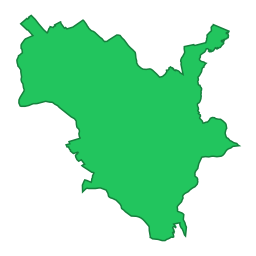 the district of Cehal, Satu Mare, Romania
{"feature_id": "2599482B97854258133418", "entity_name": "Cehal", "entity_type": "district", "adm_level": 2, "iso_a3": "ROU", "parent_name": "Romania", "parent_adm1": "Satu Mare", "projection": "equal_earth", "projection_center": [22.618, 47.388], "detail": "fine", "context": "isolated", "style": "filled", "palette": "green", "viewbox_px": 256, "rotation_deg": 0, "n_neighbors": 0, "source": "geoboundaries", "source_scale": "gbopen_adm2", "svg_char_len": 5701}
<svg xmlns="http://www.w3.org/2000/svg" viewBox="0 0 256 256"><path d="M177.2,206.9L178.0,205.5L181.5,201.8L181.9,200.8L182.1,199.9L182.9,198.5L183.0,197.8L182.7,196.3L182.9,195.6L183.4,194.9L184.8,193.5L188.5,191.5L189.6,190.2L192.5,188.0L195.0,186.7L197.2,184.2L197.8,181.8L197.5,180.0L197.7,179.2L197.0,177.7L195.2,176.4L194.9,175.8L195.0,173.9L194.8,173.2L195.1,172.3L195.5,171.8L195.5,171.3L197.8,168.4L198.1,166.6L198.8,163.6L201.4,158.0L202.1,157.0L203.1,157.0L205.3,156.6L208.9,156.9L211.6,156.3L213.2,156.2L216.9,156.7L221.1,156.2L222.7,155.4L224.4,153.6L225.5,151.7L226.7,150.1L228.7,148.6L229.4,148.5L231.1,147.8L232.8,146.4L239.1,145.7L238.0,145.0L236.8,143.5L233.8,142.7L231.1,141.0L230.2,140.8L228.1,138.4L226.5,137.6L225.8,135.8L225.1,133.1L225.9,129.6L226.7,128.3L226.0,124.4L225.4,123.3L223.2,121.2L220.6,119.3L218.4,119.2L215.6,118.6L214.5,117.7L212.3,117.5L210.4,118.3L209.2,120.3L207.4,122.2L206.2,122.1L203.8,123.1L202.9,123.0L202.8,122.4L202.0,120.7L199.6,118.2L199.7,117.5L200.5,116.1L200.3,114.9L199.3,114.4L198.4,113.5L199.2,112.7L197.7,110.7L197.8,110.2L198.3,109.8L198.5,109.1L198.2,107.4L197.6,106.3L197.4,104.6L197.5,103.8L198.0,103.3L199.0,102.8L199.8,101.7L200.6,99.7L201.0,98.0L201.0,97.1L201.2,96.3L201.0,94.8L200.8,94.3L201.2,93.1L201.0,90.9L201.5,90.1L201.6,88.6L201.1,87.6L200.4,86.9L200.3,86.3L199.9,85.3L198.8,85.1L198.2,84.3L198.1,83.0L197.7,81.7L197.8,81.0L198.2,80.4L198.4,79.4L197.9,77.2L199.3,75.7L201.5,71.8L202.0,69.2L202.3,68.2L203.1,67.4L203.9,67.1L203.9,66.5L204.1,65.8L204.9,64.7L205.0,64.3L206.1,63.3L205.4,63.1L203.8,62.0L201.4,61.5L199.6,60.0L199.4,58.9L200.3,57.2L200.4,55.2L201.0,54.5L204.6,52.0L205.4,50.9L206.3,48.8L207.7,48.6L208.8,49.9L210.3,50.2L208.7,51.1L209.3,51.6L209.7,52.3L209.6,51.5L209.8,51.0L210.3,51.1L210.9,51.8L213.4,50.7L215.4,47.7L215.5,47.7L215.9,48.4L217.0,49.0L217.5,48.3L217.2,47.9L217.3,47.7L218.0,48.2L218.2,47.9L218.6,48.1L219.6,47.4L220.3,47.4L221.9,45.2L223.3,43.9L223.7,43.3L223.6,42.5L222.7,42.1L223.4,41.9L223.8,41.5L223.8,41.3L223.4,41.4L223.0,41.1L220.8,41.0L221.5,40.8L221.6,40.5L222.8,40.5L223.3,39.8L223.7,39.6L224.5,40.1L224.9,39.6L224.9,39.2L226.7,38.7L227.3,37.8L228.2,37.6L228.1,36.2L228.5,35.9L228.0,34.1L227.6,33.6L226.5,33.6L226.6,33.1L227.2,32.9L226.5,32.7L226.8,32.4L228.0,32.5L228.2,32.4L228.2,31.9L228.9,31.5L229.0,31.2L213.3,24.6L213.1,25.5L212.1,26.1L211.2,27.3L211.4,30.6L211.0,31.2L209.3,32.6L208.8,33.4L207.2,34.8L207.0,35.8L207.2,36.4L207.1,37.4L206.6,38.6L206.7,39.7L205.7,42.7L195.2,45.4L194.3,45.4L193.8,44.6L184.3,46.6L184.2,48.8L184.7,52.0L184.5,53.0L182.7,56.4L181.7,57.7L180.9,59.6L180.8,60.3L180.7,61.2L181.3,62.7L181.0,64.2L183.1,74.5L180.0,72.7L179.4,71.7L178.3,70.9L175.8,69.9L174.9,70.3L175.0,70.5L174.5,70.4L174.2,70.2L173.5,68.8L172.8,68.8L172.7,68.0L172.0,67.7L171.4,67.8L170.6,66.9L168.9,68.0L169.0,69.2L168.4,69.9L167.9,70.1L166.5,70.2L166.5,70.7L166.9,71.6L165.2,74.2L162.5,76.5L159.6,77.2L156.5,73.9L152.5,70.2L151.0,69.2L149.9,68.9L146.3,69.4L143.0,69.2L141.1,68.1L138.8,66.2L137.8,65.2L137.5,64.3L136.7,63.2L136.6,60.7L135.9,58.1L135.5,53.9L135.1,52.3L132.8,49.9L130.3,47.7L128.3,45.6L124.2,40.0L121.8,37.7L120.1,35.5L118.5,35.1L116.8,35.0L108.4,40.3L107.1,41.4L105.6,41.4L104.9,41.7L103.6,40.8L102.0,38.7L99.9,37.2L94.7,32.3L93.3,31.4L91.3,30.7L88.9,28.5L88.0,26.9L87.4,26.3L86.5,24.5L85.6,23.2L85.2,22.7L84.1,21.1L83.0,20.1L72.9,27.1L66.9,28.9L65.6,27.5L64.4,28.2L61.0,23.5L60.6,21.9L60.0,22.1L54.7,24.9L54.8,25.1L55.2,25.0L55.4,25.8L54.2,26.2L53.2,27.5L50.2,26.7L50.2,27.2L49.0,28.6L47.5,32.6L47.1,32.9L43.6,29.7L38.9,24.2L35.2,19.4L31.2,15.4L28.7,17.2L29.1,17.7L28.5,18.2L28.4,18.6L27.4,19.1L26.8,18.5L20.7,23.8L27.0,29.8L27.7,29.9L28.4,30.5L32.9,35.6L25.5,38.9L24.7,39.6L22.0,43.3L21.3,44.5L21.1,45.2L21.1,48.3L22.0,49.4L22.4,52.8L21.4,53.5L20.0,54.8L18.5,55.8L18.3,57.0L17.0,59.7L16.9,60.6L17.2,62.9L17.7,64.5L18.0,66.2L18.8,66.9L20.2,68.9L20.9,70.2L20.8,71.7L21.6,76.9L21.2,78.8L21.1,79.8L21.6,81.7L22.9,83.8L23.5,87.8L24.2,89.6L24.0,91.0L20.2,97.2L19.0,99.9L18.9,103.0L20.2,106.0L21.2,106.3L25.1,106.3L28.7,105.5L33.1,103.7L36.9,103.6L45.6,101.3L49.6,102.1L52.4,102.3L54.9,104.2L57.6,105.6L59.3,107.4L71.1,116.8L74.5,118.7L76.2,121.0L76.4,124.4L76.8,126.7L77.2,127.6L78.5,128.7L79.0,129.5L79.4,130.5L79.4,131.8L78.9,133.5L79.0,134.6L79.4,136.7L80.1,137.8L80.0,138.3L69.0,141.6L69.8,143.8L66.1,144.8L67.1,147.0L68.6,146.9L68.8,147.7L69.8,149.6L70.4,149.8L70.5,151.1L73.4,153.5L77.8,152.2L78.1,152.7L76.9,153.1L77.2,153.9L75.5,155.2L75.7,156.9L77.0,159.6L78.7,161.2L81.3,159.8L84.6,164.2L83.4,164.7L81.9,165.6L82.5,166.2L91.7,172.2L93.8,172.6L93.9,173.1L92.5,175.9L92.5,177.5L91.9,178.6L91.5,181.3L91.1,182.3L87.2,180.6L84.8,179.9L84.3,180.8L82.4,185.1L82.6,191.9L85.9,188.7L87.2,188.2L88.6,188.5L95.5,188.5L98.7,188.0L100.4,187.9L106.0,190.0L106.4,190.5L108.0,193.5L108.5,196.1L109.1,196.9L110.5,197.8L112.5,198.4L116.1,200.1L120.0,204.0L121.1,205.8L121.5,208.1L121.9,208.7L123.6,209.9L125.5,211.8L131.2,216.0L136.4,216.3L138.4,216.8L140.7,217.8L142.7,219.2L144.5,221.0L148.8,226.1L149.2,226.9L149.3,230.7L150.3,236.5L150.2,237.5L151.3,237.9L152.4,238.8L158.1,239.4L162.2,240.6L165.0,240.6L167.0,239.2L167.9,239.0L169.9,238.0L170.9,237.3L171.8,237.1L172.9,237.3L173.7,236.8L173.5,235.2L172.7,232.8L174.1,232.7L173.8,231.8L174.1,231.5L173.5,231.1L174.0,230.3L172.8,228.1L172.8,227.3L173.5,226.7L174.6,226.6L175.4,227.6L175.7,227.5L175.8,227.2L175.7,226.6L173.7,224.1L177.5,223.2L179.9,222.8L179.8,224.3L180.3,226.1L181.4,228.2L182.0,228.6L183.1,230.9L184.5,234.9L185.5,236.0L186.4,227.1L185.6,225.4L184.9,222.7L183.3,219.6L183.8,214.6L183.4,214.1L182.0,213.0L177.6,211.3L177.4,210.6L177.6,209.6L177.2,206.9Z" fill="#22c55e" stroke="#15803d" stroke-width="1.5"/></svg>